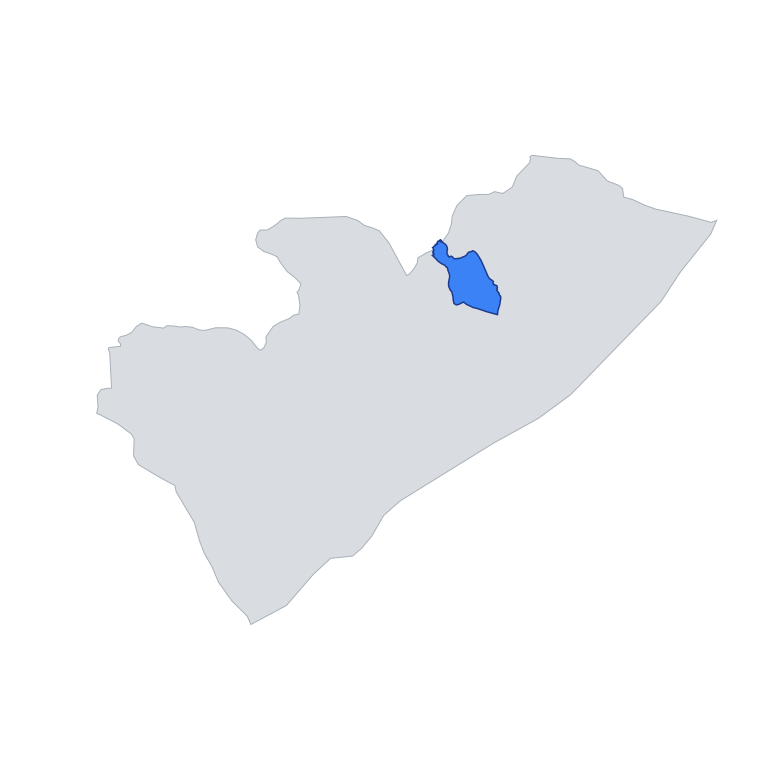 Gbao, Grand Gedeh, Liberia (highlighted), rotated 286°
{"feature_id": "62588387B49218131763508", "entity_name": "Gbao", "entity_type": "district", "adm_level": 2, "iso_a3": "LBR", "parent_name": "Liberia", "parent_adm1": "Grand Gedeh", "projection": "albers", "projection_center": [-8.462, 6.068], "detail": "fine", "context": "in_parent", "style": "filled", "palette": "blue", "viewbox_px": 768, "rotation_deg": 286, "n_neighbors": 0, "source": "geoboundaries", "source_scale": "gbopen_adm2", "svg_char_len": 4121}
<svg xmlns="http://www.w3.org/2000/svg" viewBox="0 0 768 768"><g transform="rotate(286 384 384)"><path d="M116.2,322.4L123.1,316.5L133.4,297.8L147.7,279.7L160.9,269.1L171.5,258.1L182.6,249.7L198.6,239.9L223.0,214.0L228.7,211.0L232.7,193.0L238.8,170.1L245.9,163.1L262.5,158.9L266.3,154.9L272.3,138.8L276.1,120.0L276.4,116.0L282.9,115.5L294.1,111.5L300.5,113.3L303.4,118.7L304.8,123.3L338.6,111.7L341.6,109.3L343.3,109.7L347.6,120.3L350.0,119.6L352.0,116.6L354.3,116.3L356.9,117.7L359.6,122.6L363.9,127.1L371.2,130.2L375.8,134.5L375.2,145.8L377.0,156.7L380.2,159.3L381.8,165.8L382.7,173.0L384.4,176.8L385.7,184.1L385.0,191.9L386.3,197.4L391.7,206.8L395.0,218.8L395.0,227.2L393.1,236.1L389.5,244.2L383.2,253.0L382.6,256.5L386.4,258.8L392.0,259.3L396.8,257.5L408.7,261.6L415.0,267.4L420.5,274.6L425.4,278.3L427.7,282.8L436.2,281.6L446.1,277.2L448.1,275.1L451.0,276.3L457.4,276.7L461.8,268.8L465.4,259.8L473.1,249.9L476.8,246.2L477.8,239.9L478.3,231.8L481.0,224.7L487.3,220.9L494.2,220.9L497.9,222.4L499.7,229.2L505.2,234.4L509.9,237.9L512.4,239.4L516.3,243.4L520.0,257.2L534.6,301.5L533.9,313.7L531.0,321.7L530.9,329.5L529.9,337.3L521.0,349.9L494.6,375.8L496.6,378.1L503.0,381.0L509.4,382.6L514.6,381.8L521.2,388.2L528.3,396.4L535.9,400.6L546.7,404.3L556.2,404.7L564.3,403.3L575.7,404.9L587.9,411.6L592.2,422.7L595.1,432.4L599.4,437.3L599.9,445.7L608.6,453.0L620.9,454.5L636.9,463.1L640.9,462.6L642.7,461.6L644.6,463.2L648.7,488.1L651.8,501.3L650.2,506.7L648.1,510.9L648.0,531.0L640.8,542.6L639.6,555.3L637.6,559.4L629.8,563.0L629.8,572.8L627.8,584.6L627.0,597.0L629.2,629.7L629.6,654.1L633.1,658.7L618.1,656.7L573.8,638.2L539.6,627.5L425.4,566.5L393.7,542.0L357.3,505.5L276.3,431.9L257.8,420.0L234.5,414.2L220.1,407.9L209.9,401.1L201.7,380.7L181.5,368.5L144.2,351.2L116.2,322.4Z" fill="#d9dde1" stroke="#a8b0b8" stroke-width="1"/><path d="M507.6,416.6L506.5,417.1L504.3,417.7L502.0,417.8L501.4,417.9L498.8,418.2L496.1,419.1L495.8,419.2L494.0,420.6L492.7,421.7L491.0,424.1L490.6,424.3L489.7,424.6L489.4,424.8L487.5,426.0L486.7,426.3L484.3,427.2L480.9,428.9L480.1,430.8L480.1,431.1L480.1,432.1L481.4,434.2L484.4,437.5L484.7,437.9L483.1,441.8L483.1,443.1L482.7,444.6L482.4,447.0L482.1,448.0L482.1,448.7L482.1,449.9L482.3,452.0L482.2,454.0L482.2,454.6L481.9,461.0L481.8,462.6L481.9,471.2L481.9,473.9L482.5,473.9L485.2,473.3L485.7,473.3L485.9,473.3L488.2,473.3L488.5,473.3L491.4,473.4L494.5,473.1L495.3,473.0L498.5,472.6L500.3,472.0L500.8,471.3L500.9,471.1L501.0,471.1L501.2,470.7L501.9,469.9L502.6,469.8L503.3,469.3L504.1,468.2L504.3,467.8L504.6,467.4L504.9,466.5L505.0,466.5L505.5,466.5L506.4,466.8L506.7,466.4L506.9,466.3L507.2,466.4L507.9,466.4L508.6,466.0L509.2,465.7L509.6,465.5L509.7,464.8L509.6,464.3L509.6,463.9L509.8,463.5L509.9,463.0L509.9,462.9L509.8,462.6L509.7,461.9L510.2,461.8L510.4,461.8L510.7,461.5L511.0,461.2L511.6,460.7L512.0,460.8L512.7,460.9L513.5,459.2L513.9,457.9L514.2,456.7L515.3,455.3L515.8,454.6L523.0,448.7L529.7,443.1L534.6,437.7L536.2,434.8L536.6,432.7L535.1,431.0L533.9,428.9L530.0,427.4L528.6,425.8L525.2,421.5L525.4,420.8L524.3,418.9L523.8,416.7L525.0,414.9L525.4,413.2L524.7,412.4L524.0,411.4L524.3,410.7L525.5,410.0L526.6,408.6L528.7,408.1L531.2,407.8L531.5,407.7L533.7,406.4L534.5,405.5L535.2,404.6L536.0,402.0L537.1,400.3L536.6,400.3L536.2,400.1L536.2,399.7L536.4,399.4L537.1,399.1L538.1,398.9L538.2,398.4L537.8,398.1L537.2,397.8L536.8,397.9L536.4,397.8L536.4,397.6L536.3,396.6L535.9,396.4L534.7,396.1L534.0,396.1L533.9,396.5L533.8,396.8L533.5,396.8L533.0,396.6L532.7,396.0L532.5,395.4L532.3,395.0L532.2,395.1L531.6,395.4L531.3,395.2L530.3,394.2L529.8,393.8L529.2,393.8L528.8,393.8L528.8,393.5L528.6,393.2L528.2,393.7L527.5,394.2L527.0,394.7L526.2,394.6L525.8,394.9L525.7,395.1L525.3,394.9L524.9,394.6L524.5,394.6L524.3,394.6L524.2,394.8L524.2,395.1L524.1,395.3L523.5,395.1L522.9,395.2L522.7,395.5L522.8,396.0L522.7,396.3L522.3,396.4L521.8,396.2L521.0,395.4L520.9,395.2L519.0,398.7L516.9,402.3L515.8,405.2L515.4,406.9L514.9,409.9L514.2,410.7L513.8,411.3L513.6,411.5L513.3,412.9L511.6,413.7L509.4,415.2L509.3,415.3L507.6,416.6Z" fill="#3b82f6" stroke="#1e3a8a" stroke-width="1.5"/></g></svg>